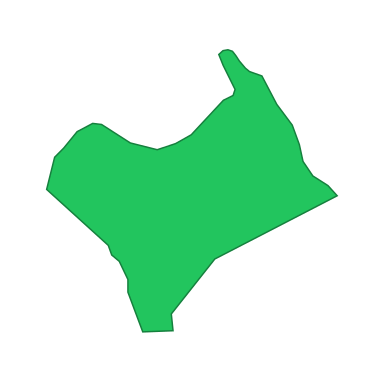 Kanal, Albers equal-area conic projection, rotated 190°
{"feature_id": "SVN-1028", "entity_name": "Kanal", "entity_type": "Municipality", "adm_level": 1, "iso_a3": "SVN", "parent_name": "Slovenia", "parent_adm1": "", "projection": "albers", "projection_center": [13.646, 46.088], "detail": "fine", "context": "isolated", "style": "filled", "palette": "green", "viewbox_px": 384, "rotation_deg": 190, "n_neighbors": 0, "source": "natural_earth", "source_scale": "10m", "svg_char_len": 640}
<svg xmlns="http://www.w3.org/2000/svg" viewBox="0 0 384 384"><g transform="rotate(190 192 192)"><path d="M48.4,213.5L157.9,130.0L191.2,68.3L186.6,52.1L216.2,45.7L237.7,82.2L239.9,94.7L251.6,111.1L260.1,116.0L265.2,124.9L335.6,169.3L333.3,202.4L326.0,212.9L315.6,231.5L301.7,242.3L292.8,242.8L261.3,229.6L233.6,227.6L216.6,236.8L202.7,248.2L177.0,287.8L168.3,294.2L167.4,300.5L183.3,322.1L189.5,332.1L186.0,336.6L181.3,338.3L176.6,337.6L172.6,334.0L168.1,329.2L160.9,323.2L156.3,320.6L143.3,318.4L123.7,293.0L104.9,275.3L94.5,257.3L88.0,241.4L75.8,228.8L59.2,221.9L48.4,213.5Z" fill="#22c55e" stroke="#15803d" stroke-width="1.5"/></g></svg>